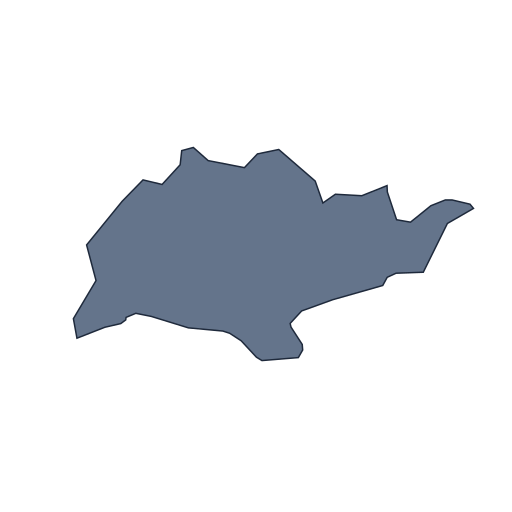 Lancaster, Virginia, United States of America (Robinson projection), rotated 311°
{"feature_id": "52423323B13758082224669", "entity_name": "Lancaster", "entity_type": "district", "adm_level": 2, "iso_a3": "USA", "parent_name": "United States of America", "parent_adm1": "Virginia", "projection": "robinson", "projection_center": [-76.455, 37.725], "detail": "fine", "context": "isolated", "style": "filled", "palette": "slate", "viewbox_px": 512, "rotation_deg": 311, "n_neighbors": 0, "source": "geoboundaries", "source_scale": "gbopen_adm2", "svg_char_len": 792}
<svg xmlns="http://www.w3.org/2000/svg" viewBox="0 0 512 512"><g transform="rotate(311 256 256)"><path d="M76.5,174.8L103.1,188.7L116.3,198.3L122.3,199.6L124.4,198.2L133.9,202.9L141.7,216.6L157.4,252.1L177.6,280.2L180.4,286.8L182.3,300.4L179.9,322.7L181.0,329.1L207.1,354.6L215.7,352.9L219.6,348.9L225.3,329.1L227.5,326.0L244.5,326.5L273.4,342.6L316.9,371.0L326.0,369.0L334.9,373.0L353.5,392.9L406.1,379.1L434.6,388.9L435.5,383.5L427.0,367.3L422.5,362.1L408.7,355.0L382.9,350.4L375.6,338.3L390.5,313.1L395.1,308.7L370.9,296.3L354.7,275.4L339.9,271.7L351.4,251.5L351.3,203.3L334.0,190.1L315.1,189.3L296.6,157.3L296.8,137.5L286.8,130.8L275.1,138.9L248.4,138.2L239.3,120.8L209.5,119.1L153.2,120.9L132.5,151.4L88.9,159.3L76.5,174.8Z" fill="#64748b" stroke="#1e293b" stroke-width="1.5"/></g></svg>